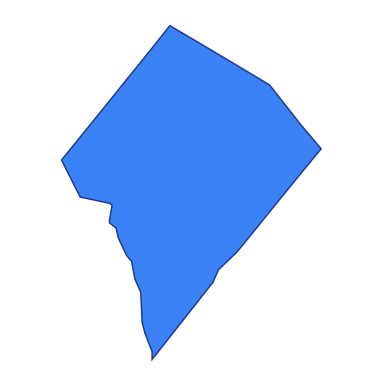 Berks, Pennsylvania, United States of America (Equal Earth projection), rotated 269°
{"feature_id": "52423323B66852864614856", "entity_name": "Berks", "entity_type": "district", "adm_level": 2, "iso_a3": "USA", "parent_name": "United States of America", "parent_adm1": "Pennsylvania", "projection": "equal_earth", "projection_center": [-75.986, 40.407], "detail": "fine", "context": "isolated", "style": "filled", "palette": "blue", "viewbox_px": 384, "rotation_deg": 269, "n_neighbors": 0, "source": "geoboundaries", "source_scale": "gbopen_adm2", "svg_char_len": 571}
<svg xmlns="http://www.w3.org/2000/svg" viewBox="0 0 384 384"><g transform="rotate(269 192 192)"><path d="M226.2,62.1L188.9,80.1L182.0,109.9L179.7,111.8L165.2,109.0L162.5,109.0L157.3,115.5L147.7,117.4L129.7,125.5L123.6,130.4L106.1,133.4L92.7,139.0L62.3,139.9L51.3,142.6L33.2,149.3L25.3,149.2L101.5,211.5L113.7,217.0L131.0,235.7L152.8,254.2L170.3,268.8L207.8,300.4L232.9,321.9L256.9,302.3L297.7,271.4L318.9,237.3L344.3,196.3L347.7,190.6L358.7,172.7L340.5,157.8L317.7,138.8L305.5,128.5L281.8,108.8L226.2,62.1Z" fill="#3b82f6" stroke="#1e3a8a" stroke-width="1.5"/></g></svg>